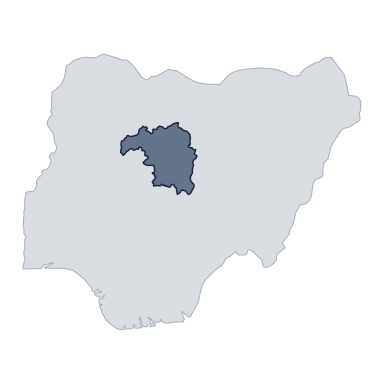 location of Kaduna within Nigeria
{"feature_id": "NGA-2864", "entity_name": "Kaduna", "entity_type": "State", "adm_level": 1, "iso_a3": "NGA", "parent_name": "Nigeria", "parent_adm1": "", "projection": "albers", "projection_center": [7.395, 10.247], "detail": "fine", "context": "in_parent", "style": "filled", "palette": "slate", "viewbox_px": 384, "rotation_deg": 0, "n_neighbors": 0, "source": "natural_earth", "source_scale": "10m", "svg_char_len": 6568}
<svg xmlns="http://www.w3.org/2000/svg" viewBox="0 0 384 384"><path d="M331.3,57.4L344.5,75.1L347.5,88.4L348.7,95.0L350.8,95.7L354.9,96.0L357.8,97.3L359.6,99.4L360.7,101.4L361.0,102.7L360.3,110.7L359.4,113.6L360.0,117.6L359.9,119.3L359.5,120.4L357.7,121.8L355.3,123.1L349.5,127.1L347.9,127.7L345.4,127.8L343.3,128.8L340.8,131.0L335.6,138.7L331.1,146.5L327.9,159.1L323.9,163.1L323.2,166.5L322.7,174.3L322.1,176.7L321.4,177.4L317.0,178.9L314.5,180.8L313.0,184.3L311.3,196.4L310.6,198.3L309.2,200.4L307.0,202.7L305.0,204.0L300.0,204.9L295.2,214.0L295.2,215.6L293.2,223.8L289.5,230.0L289.3,234.0L284.7,239.5L282.4,243.2L284.9,247.1L285.1,247.7L277.2,254.3L276.7,255.3L276.4,259.8L275.8,261.1L274.3,262.7L272.2,264.6L270.0,266.0L267.5,267.0L265.1,267.4L263.7,266.9L263.0,265.5L261.6,260.0L260.9,258.8L259.3,257.8L253.0,251.7L249.2,249.6L248.4,249.8L247.8,250.4L246.8,253.5L245.7,254.6L243.8,255.0L240.3,255.1L237.8,254.7L237.3,254.1L236.0,251.7L228.4,257.3L225.7,258.5L222.3,265.1L217.4,268.4L214.1,271.3L205.2,280.2L203.4,282.9L201.6,286.8L197.9,303.6L191.7,314.0L190.8,316.3L190.5,316.2L189.7,317.1L187.3,316.5L186.2,314.6L184.7,314.3L182.1,311.4L181.6,311.9L184.3,319.1L183.3,321.9L175.7,322.0L169.1,323.0L164.6,322.9L162.3,321.9L161.3,319.2L160.9,319.5L160.7,320.9L159.3,322.0L154.2,322.3L152.0,320.4L150.2,318.3L148.2,317.4L148.5,318.3L150.8,320.3L150.5,323.2L146.4,326.6L143.8,326.7L142.2,325.3L141.4,322.9L141.0,319.4L139.9,317.2L139.3,317.2L140.0,321.0L140.1,324.5L142.0,327.2L139.0,328.1L135.4,328.2L135.0,327.2L134.5,324.9L133.9,324.3L133.2,328.1L125.8,329.2L124.8,329.0L124.6,328.3L125.1,327.2L125.0,325.5L123.4,326.8L123.1,329.5L122.2,329.9L119.4,329.5L116.3,328.2L111.4,324.8L105.3,319.3L104.4,316.8L102.6,313.8L99.5,305.4L100.1,305.0L101.5,305.5L102.2,304.7L99.7,304.1L99.2,303.5L99.0,301.7L99.1,299.4L103.0,298.3L103.9,296.9L104.4,295.6L99.7,297.6L95.3,295.2L94.3,293.8L94.8,292.7L99.9,292.6L101.7,291.6L100.6,291.2L98.7,291.2L98.0,290.5L98.0,288.8L97.4,289.2L96.5,290.7L93.6,291.8L91.8,290.7L91.7,288.2L91.3,287.1L89.9,286.2L84.7,279.6L78.2,274.0L72.5,270.2L63.7,268.3L45.4,268.2L44.4,267.7L45.5,266.8L47.1,266.3L53.1,263.3L52.1,262.8L45.9,264.7L43.8,264.8L41.1,268.5L23.0,269.0L23.1,267.4L24.0,262.5L25.1,259.2L24.0,255.2L23.7,251.5L24.5,250.4L24.8,249.0L24.7,239.6L25.7,238.2L25.8,237.3L23.9,233.2L24.0,230.1L23.7,227.2L23.1,225.8L24.0,214.3L23.8,211.5L24.4,209.5L24.8,204.5L24.8,199.7L26.1,192.1L33.8,191.1L35.7,188.2L36.8,184.4L36.5,180.6L39.0,177.3L42.1,174.5L42.0,171.3L42.9,170.3L44.3,169.6L46.3,169.2L48.6,167.6L49.9,164.8L51.2,160.4L49.3,157.2L49.4,156.6L50.1,154.9L51.3,153.2L52.3,152.7L54.5,153.2L55.2,152.5L56.7,147.6L56.6,146.2L54.6,142.9L53.5,134.0L52.9,132.8L51.4,131.1L47.2,124.8L47.3,121.8L49.1,118.0L50.3,116.2L52.0,115.2L52.3,114.3L51.8,113.2L51.0,112.4L50.8,110.7L51.7,108.3L51.5,105.7L52.0,92.2L55.5,89.6L60.6,85.3L63.2,80.7L64.6,77.2L66.4,65.7L69.1,64.5L74.1,60.3L81.0,57.9L85.4,57.2L93.2,57.7L97.1,57.3L100.5,55.1L102.0,54.4L104.1,54.1L123.5,60.2L125.3,59.9L126.7,60.3L129.2,61.9L134.8,67.5L140.8,76.2L142.7,78.1L144.6,79.1L146.5,79.4L147.9,79.3L149.3,78.5L151.2,76.8L154.0,76.1L156.4,76.2L168.4,69.6L169.6,69.5L177.0,70.9L187.2,77.5L195.5,81.9L201.3,83.3L208.1,84.3L219.8,84.5L228.5,75.1L231.7,73.1L235.6,71.2L243.8,69.4L257.3,68.1L270.0,68.4L277.9,69.9L286.3,72.9L289.9,75.7L295.6,76.1L299.6,75.5L300.9,72.6L304.9,68.7L310.9,65.1L315.8,62.6L319.9,61.4L323.5,58.5L326.3,57.6L331.3,57.4ZM154.7,326.0L151.9,326.8L150.1,326.6L152.6,322.8L153.8,323.7L155.5,324.0L154.7,326.0Z" fill="#d9dde1" stroke="#a8b0b8" stroke-width="1"/><path d="M195.5,149.7L195.2,151.6L194.2,153.3L194.6,154.1L195.5,154.6L196.2,155.2L196.8,155.9L196.5,156.7L196.4,157.7L195.7,158.6L194.6,159.1L193.2,160.7L192.7,162.8L193.5,165.0L192.4,168.8L192.4,171.0L192.2,172.1L192.5,173.1L191.3,174.7L191.3,175.2L191.2,175.7L190.4,176.3L190.5,180.4L191.6,182.1L193.0,183.5L194.0,185.0L193.9,186.8L193.3,188.4L192.3,189.7L191.6,191.4L190.7,193.0L189.5,194.2L188.4,194.4L187.6,193.7L187.3,193.0L186.7,192.5L185.6,191.0L183.0,190.3L182.1,189.9L181.3,190.7L179.7,193.0L177.4,194.2L176.7,191.4L176.4,188.1L175.3,187.4L174.4,186.7L174.4,185.9L174.1,185.3L173.2,184.4L171.5,184.7L170.4,186.7L169.4,187.2L168.4,186.8L167.9,186.7L167.5,186.7L166.8,186.1L165.9,186.2L165.2,185.8L164.8,185.1L164.0,185.4L163.1,185.6L162.5,184.7L161.5,184.3L160.6,185.5L160.0,186.0L159.3,185.7L158.5,185.6L157.7,185.5L155.0,185.8L154.3,185.7L153.6,185.9L153.4,185.4L153.8,184.6L153.8,184.1L153.3,183.5L153.0,183.3L152.4,182.4L152.6,181.3L154.2,180.2L154.3,179.7L154.4,179.1L154.7,178.6L155.1,178.2L155.8,177.5L155.6,176.6L154.7,176.2L154.4,175.4L154.6,174.6L154.0,174.1L152.9,173.8L152.4,173.1L153.0,172.6L153.9,172.5L154.6,171.9L154.7,170.9L154.1,166.3L152.8,165.3L148.6,165.4L146.5,165.1L144.4,164.2L143.2,162.6L143.8,161.8L144.8,161.2L145.5,160.2L146.4,159.5L147.4,158.9L148.1,158.0L148.1,157.0L147.3,156.4L145.3,155.7L144.7,155.0L145.0,154.0L145.0,151.7L143.4,150.4L142.5,150.7L142.0,150.6L141.8,148.2L141.6,147.7L140.7,147.3L139.7,147.2L138.8,147.6L138.9,148.8L138.3,149.2L137.2,149.0L136.1,149.3L134.0,150.2L133.1,150.0L132.8,149.1L132.0,148.6L130.0,149.1L126.6,151.7L125.2,153.2L124.6,154.2L123.8,155.0L122.8,155.2L122.4,154.2L121.7,153.3L120.8,152.6L120.6,151.7L120.7,151.1L120.9,150.7L120.9,150.4L120.9,149.6L121.0,149.2L121.4,148.3L121.5,147.6L121.6,147.3L121.5,146.9L121.1,145.5L121.0,144.7L121.2,142.3L121.4,141.6L122.0,141.0L122.6,140.7L123.9,140.3L124.3,139.9L124.4,139.5L124.4,139.2L124.4,138.8L124.7,138.4L125.0,138.2L125.6,138.0L125.9,137.8L126.3,137.3L126.8,136.3L127.1,135.9L127.7,135.6L128.3,135.7L130.1,136.4L130.8,136.5L131.4,136.5L133.3,136.0L133.6,136.0L134.0,136.0L134.3,136.0L134.5,135.8L136.9,134.9L137.4,134.6L137.8,134.2L138.2,133.8L138.5,133.1L139.0,130.5L139.3,129.7L139.9,129.0L141.9,127.7L142.5,127.1L142.9,126.3L144.2,126.9L144.9,127.1L146.4,127.1L147.0,127.6L147.3,128.3L147.2,128.8L146.8,129.2L146.0,130.0L146.1,130.8L148.1,131.4L149.1,131.9L150.6,133.5L151.5,133.6L152.4,133.1L153.1,132.4L153.1,131.5L152.6,130.8L153.1,129.3L155.3,129.3L156.3,129.6L157.0,129.2L157.2,128.2L157.7,127.3L159.4,126.2L161.5,126.6L162.6,127.1L163.5,127.8L164.1,128.6L164.9,128.9L167.2,128.0L168.2,126.5L170.1,126.3L173.4,123.8L177.4,122.6L178.4,123.0L178.3,124.1L177.8,125.1L177.7,126.1L178.3,127.0L179.2,127.6L181.2,128.3L182.1,129.1L182.8,130.0L184.8,130.8L186.9,131.3L189.8,134.4L190.4,138.4L189.8,140.6L190.3,144.1L189.9,145.1L188.7,145.4L188.1,146.2L189.7,147.5L191.9,147.8L193.2,149.3L193.7,149.6L194.9,149.9L195.5,149.7Z" fill="#64748b" stroke="#1e293b" stroke-width="1.5"/></svg>